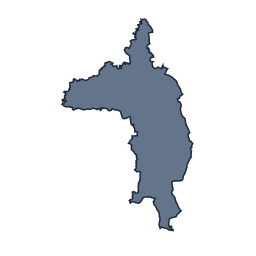 outline of Jamalpur, Dhaka, Bangladesh, rotated 174°
{"feature_id": "16705992B65705561019803", "entity_name": "Jamalpur", "entity_type": "district", "adm_level": 2, "iso_a3": "BGD", "parent_name": "Bangladesh", "parent_adm1": "Dhaka", "projection": "mercator", "projection_center": [89.869, 25.0], "detail": "fine", "context": "isolated", "style": "filled", "palette": "slate", "viewbox_px": 256, "rotation_deg": 174, "n_neighbors": 0, "source": "geoboundaries", "source_scale": "gbopen_adm2", "svg_char_len": 5875}
<svg xmlns="http://www.w3.org/2000/svg" viewBox="0 0 256 256"><g transform="rotate(174 128 128)"><path d="M82.3,182.9L83.9,183.5L85.3,184.5L86.2,184.7L86.7,185.8L86.7,186.9L87.9,185.0L87.7,183.8L88.4,183.5L91.8,185.4L94.9,184.0L97.0,186.3L97.4,189.4L96.9,190.7L96.0,191.2L98.7,192.1L99.2,193.2L98.7,193.7L98.4,195.1L97.6,195.4L97.5,196.0L96.8,195.6L95.1,195.8L95.3,197.8L96.2,198.1L96.5,199.4L97.3,199.7L97.5,200.9L98.7,200.6L99.5,201.1L99.2,202.2L98.5,202.8L98.9,203.8L99.6,204.2L99.0,204.3L99.0,205.2L99.4,205.5L100.5,205.4L101.0,206.8L99.5,208.6L97.5,209.5L97.9,211.1L97.5,216.5L97.8,220.1L96.0,220.6L93.5,220.7L93.4,223.1L94.5,225.0L95.0,226.6L96.9,228.6L97.5,231.5L98.8,232.5L98.7,233.1L99.1,234.2L100.0,234.5L103.1,234.4L103.7,234.7L103.4,233.1L104.1,232.5L105.2,232.4L105.0,232.0L103.7,232.0L104.1,231.3L103.4,230.5L104.0,230.1L104.7,231.2L105.9,229.5L107.4,229.7L107.5,229.2L106.5,228.3L106.3,227.6L107.7,226.1L109.0,225.8L107.6,225.0L107.2,224.3L108.1,223.9L109.4,224.4L109.2,223.4L110.6,222.8L110.1,222.0L110.6,221.7L110.5,220.6L112.7,221.9L113.1,221.6L112.8,221.0L111.3,219.9L110.7,218.7L110.9,218.3L111.7,218.1L111.9,217.4L111.1,216.8L110.6,215.5L111.8,215.1L114.6,215.2L116.5,214.4L116.7,213.7L115.9,212.4L115.8,211.4L118.6,207.0L119.9,208.1L121.5,208.2L122.3,207.9L122.9,206.6L123.4,206.4L123.2,205.1L122.2,202.8L119.0,199.9L118.9,198.4L119.2,196.4L118.7,195.2L118.6,194.2L119.3,192.7L120.0,192.3L119.8,192.0L119.1,192.0L119.1,191.7L121.0,191.6L121.2,192.3L121.9,192.8L123.4,192.9L124.1,193.4L124.0,192.4L123.5,192.0L123.9,191.6L125.2,193.4L125.6,193.0L126.1,193.0L126.4,191.6L127.2,191.2L127.3,190.6L129.6,191.0L129.1,189.9L129.4,189.6L130.0,189.7L129.9,189.3L128.9,189.2L128.3,188.6L128.3,188.0L129.4,188.5L131.5,187.8L131.4,188.3L132.7,189.2L132.5,190.0L132.7,191.2L133.5,190.7L134.3,191.0L135.7,190.7L136.4,191.0L137.0,193.1L137.4,193.2L136.4,193.7L136.3,194.2L137.2,194.0L137.9,195.1L139.5,196.0L141.1,195.6L141.7,195.8L142.6,194.9L143.2,195.2L144.2,194.9L144.1,192.8L144.9,192.5L144.8,191.9L145.4,191.9L146.3,191.0L147.7,190.7L148.2,189.7L148.1,189.3L149.1,189.4L149.2,188.5L150.4,188.4L151.0,186.0L150.8,184.7L152.9,183.0L155.2,183.1L156.7,183.7L158.2,182.5L161.3,182.0L162.4,180.4L165.5,179.7L168.8,181.6L170.3,181.0L170.8,181.3L170.9,180.4L171.2,180.2L172.4,180.7L173.2,179.8L174.2,180.5L174.6,181.3L175.9,181.6L176.0,182.5L176.9,182.4L177.1,182.1L176.9,181.4L177.4,181.3L177.3,180.5L177.8,179.9L179.0,179.2L180.3,179.4L181.2,179.1L181.4,178.0L181.1,176.7L181.7,175.2L181.3,174.2L182.5,172.9L181.9,172.6L183.5,170.7L184.2,170.5L185.1,170.9L186.0,170.4L187.2,171.1L188.1,170.4L186.8,169.9L187.0,169.4L186.6,169.2L186.6,168.5L186.1,167.5L187.5,167.0L187.7,166.6L187.9,164.6L187.3,163.9L188.4,163.7L188.7,163.1L190.2,163.1L190.5,162.8L189.5,162.5L190.0,161.2L188.9,161.7L186.6,161.7L186.5,161.2L187.8,161.3L188.3,161.2L188.7,159.7L189.3,159.1L190.6,159.0L190.4,158.1L190.8,158.0L189.4,157.2L189.3,156.4L188.4,155.9L186.4,155.4L183.9,155.6L183.5,154.7L181.2,154.4L180.8,153.9L181.3,152.5L180.3,151.5L178.9,152.0L177.8,153.0L177.2,152.4L175.4,153.0L173.7,152.2L172.9,152.2L171.9,151.4L170.1,150.6L166.2,151.2L163.9,150.5L160.7,151.3L157.9,150.3L156.9,149.5L156.2,149.6L156.1,150.1L153.1,150.4L153.0,149.8L154.3,148.1L152.3,149.2L152.1,150.6L147.1,149.5L146.2,148.9L146.0,147.7L145.0,147.1L142.9,147.4L141.9,148.6L141.5,148.5L139.4,147.5L136.0,146.7L134.2,145.5L133.4,144.4L133.5,142.8L133.0,141.7L133.0,140.1L132.5,139.6L132.4,138.7L131.9,138.1L130.6,137.6L128.2,138.0L125.4,139.2L124.4,138.5L124.3,137.0L124.8,137.0L124.5,131.7L124.2,130.9L123.5,130.4L122.0,131.2L121.8,130.9L122.6,129.4L121.3,126.2L121.8,123.5L119.0,123.2L119.5,121.2L119.5,119.5L123.9,119.4L124.6,119.8L125.0,118.2L124.6,117.3L127.0,115.3L129.1,112.6L127.4,112.3L127.2,111.4L126.0,110.3L126.0,109.8L126.5,109.2L126.3,108.6L126.9,107.8L126.8,106.1L124.7,103.7L123.5,101.2L122.7,100.9L122.3,100.2L122.3,99.4L122.7,99.2L122.5,98.6L122.7,97.7L122.2,97.1L122.4,96.6L122.0,95.6L123.4,94.9L123.1,93.8L123.8,92.7L123.8,92.3L123.3,91.9L124.1,89.2L123.7,89.0L123.8,88.1L124.3,86.9L125.8,85.8L124.0,83.6L122.4,83.7L120.6,83.2L120.1,82.0L120.8,80.9L121.1,77.4L121.4,75.9L121.1,75.3L122.1,74.4L122.0,73.5L123.4,72.4L123.3,70.8L123.9,69.4L123.9,68.2L124.1,67.7L123.9,67.2L124.2,66.7L124.1,64.2L124.6,64.0L124.6,62.9L124.9,62.5L126.8,62.3L127.5,62.7L128.2,64.0L130.5,63.8L130.1,61.3L131.0,59.3L130.4,58.5L130.5,57.8L131.5,56.6L132.9,56.6L134.3,55.7L134.0,55.4L133.7,53.4L133.3,53.0L132.2,54.3L129.5,53.8L128.7,53.1L127.6,52.9L126.7,52.4L125.0,52.2L123.3,53.0L122.4,54.3L121.9,54.6L121.3,56.1L120.6,56.2L120.2,57.1L118.3,57.7L115.3,57.1L114.4,57.6L113.2,56.7L112.0,56.7L112.0,56.4L111.2,56.0L108.2,55.2L109.6,53.5L109.5,52.8L110.5,52.1L110.4,50.6L110.2,49.4L108.5,46.5L107.2,42.6L106.4,42.2L106.0,40.4L105.9,35.7L105.6,34.2L107.2,29.0L107.3,27.9L106.8,27.5L106.9,25.7L106.0,25.6L106.1,25.1L105.3,25.8L101.0,24.5L99.0,23.4L98.2,22.4L93.8,21.3L94.0,22.6L95.2,22.9L95.5,23.7L94.8,25.7L95.6,25.8L96.4,25.4L97.3,26.3L96.9,25.7L97.0,25.2L97.6,26.2L97.7,27.7L96.8,32.4L96.2,33.3L94.6,34.0L89.4,34.8L88.2,36.7L83.7,40.2L84.8,41.0L85.2,42.4L85.9,43.3L87.6,49.2L88.3,49.3L88.2,50.9L88.9,54.5L90.5,56.8L91.4,58.9L90.7,60.9L89.9,61.3L89.7,61.7L89.7,62.1L90.0,62.0L89.8,64.5L90.2,66.3L89.8,69.8L89.5,70.2L88.0,70.5L81.7,70.0L80.1,70.3L79.0,71.0L78.0,74.3L75.8,77.6L73.4,83.2L73.3,84.8L72.6,86.3L69.8,90.7L68.1,92.7L68.4,93.2L67.3,98.3L67.7,98.6L67.7,102.0L66.6,102.0L66.3,104.2L65.2,105.9L67.0,108.4L68.4,108.9L68.3,110.9L68.9,112.2L69.0,115.8L67.2,116.6L67.3,117.6L70.1,126.2L70.2,131.2L72.7,134.2L73.6,136.5L74.0,141.5L73.0,143.8L72.7,145.7L73.6,148.3L74.2,148.8L75.2,148.9L75.8,152.0L74.0,152.0L73.9,152.7L73.5,152.9L73.0,154.1L70.1,155.7L71.4,157.7L71.8,161.3L74.2,165.8L74.6,168.7L75.5,170.3L78.8,173.7L81.1,175.6L85.6,177.7L84.1,180.6L82.3,182.9Z" fill="#64748b" stroke="#1e293b" stroke-width="1.5"/></g></svg>